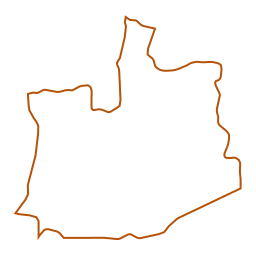 an SVG outline of Phra Nakhon Si Ayutthaya
{"feature_id": "THA-412", "entity_name": "Phra Nakhon Si Ayutthaya", "entity_type": "Province", "adm_level": 1, "iso_a3": "THA", "parent_name": "Thailand", "parent_adm1": "", "projection": "albers", "projection_center": [100.547, 14.398], "detail": "fine", "context": "isolated", "style": "outline", "palette": "amber", "viewbox_px": 256, "rotation_deg": 0, "n_neighbors": 0, "source": "natural_earth", "source_scale": "10m", "svg_char_len": 2036}
<svg xmlns="http://www.w3.org/2000/svg" viewBox="0 0 256 256"><path d="M15.4,213.3L25.7,199.3L28.1,194.1L27.8,185.2L35.5,155.7L38.1,133.8L38.3,126.3L37.4,123.7L36.1,121.4L33.9,118.4L29.4,110.3L28.7,106.0L27.9,93.9L33.1,92.6L37.1,93.0L38.4,92.6L43.5,89.9L45.4,89.8L57.2,92.0L60.2,91.7L65.7,90.2L68.6,90.0L71.8,90.4L73.1,90.0L79.5,86.5L81.7,85.9L87.8,85.3L88.9,85.8L89.8,86.5L90.5,87.4L90.9,88.2L91.2,88.8L91.5,90.3L91.6,91.7L91.7,95.0L91.5,96.5L91.5,106.3L91.6,107.9L92.1,109.1L93.0,109.9L94.2,110.1L98.3,109.3L99.7,109.3L100.5,109.4L104.1,110.5L107.9,112.1L109.3,112.1L110.8,111.6L119.6,106.0L120.5,99.7L119.2,71.4L118.8,68.7L118.2,66.8L117.5,65.7L117.1,64.3L117.0,62.8L118.3,60.4L119.9,58.1L124.7,37.4L126.0,26.4L124.9,22.2L125.7,17.0L129.9,19.9L135.7,20.4L137.4,21.4L138.7,22.8L141.2,25.0L143.4,26.0L155.0,28.6L148.1,48.5L147.6,54.3L148.4,55.3L152.3,58.4L153.1,59.5L153.8,60.9L154.7,64.5L155.2,65.9L156.0,67.1L157.1,68.1L158.5,69.0L159.7,69.7L160.5,70.0L163.0,70.6L166.2,70.8L172.6,70.4L175.6,69.8L178.2,69.0L186.8,65.4L190.2,63.4L192.8,62.5L195.6,62.0L197.1,61.8L203.0,62.3L210.6,61.9L213.2,62.1L217.9,63.2L219.7,64.1L220.8,65.0L221.3,66.9L221.5,69.4L220.9,75.7L220.6,77.2L220.1,78.5L219.3,79.5L218.3,80.2L215.8,81.1L215.2,82.5L215.5,84.9L219.2,92.8L219.8,94.7L219.8,95.7L216.9,108.9L216.8,110.3L217.2,113.2L218.2,116.7L218.1,122.3L218.7,124.0L219.5,125.2L226.5,131.1L228.2,133.1L229.0,135.0L229.1,136.5L229.1,138.1L228.4,142.8L227.7,145.6L224.5,153.5L224.4,155.8L225.0,157.0L226.1,157.8L227.5,158.0L230.8,158.0L233.7,157.6L235.3,157.8L236.6,158.4L238.8,160.0L239.6,161.6L240.2,163.3L239.9,172.0L240.6,179.3L240.6,188.4L178.4,218.0L176.4,219.4L168.8,226.2L164.3,232.0L162.0,233.0L158.5,234.2L140.1,238.2L138.6,238.1L137.2,237.7L134.6,236.4L131.5,234.6L130.1,234.2L128.3,234.4L120.4,238.4L118.6,239.0L116.5,239.0L104.4,237.8L63.7,237.9L59.9,233.4L57.4,231.6L48.3,229.2L46.1,229.3L44.4,229.9L40.3,234.5L38.6,236.9L38.6,221.4L37.7,219.4L36.3,217.2L29.9,215.4L19.5,214.2L15.4,213.3Z" fill="none" stroke="#b45309" stroke-width="2"/></svg>